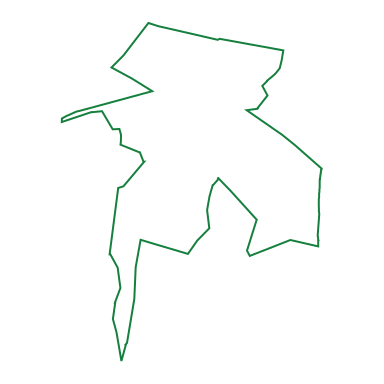 the district of Marondera Urban, Mashonaland East, Zimbabwe
{"feature_id": "62879985B19801447956475", "entity_name": "Marondera Urban", "entity_type": "district", "adm_level": 2, "iso_a3": "ZWE", "parent_name": "Zimbabwe", "parent_adm1": "Mashonaland East", "projection": "equal_earth", "projection_center": [31.561, -18.213], "detail": "fine", "context": "isolated", "style": "outline", "palette": "green", "viewbox_px": 384, "rotation_deg": 0, "n_neighbors": 0, "source": "geoboundaries", "source_scale": "gbopen_adm2", "svg_char_len": 1681}
<svg xmlns="http://www.w3.org/2000/svg" viewBox="0 0 384 384"><path d="M76.4,111.6L67.7,115.5L67.4,115.5L61.9,118.5L61.8,122.0L91.1,112.2L91.1,112.3L102.0,111.2L112.7,129.3L119.4,129.0L121.0,134.8L120.9,141.7L120.5,144.7L139.1,152.2L139.8,152.2L143.5,161.7L144.2,161.7L143.5,162.5L123.7,186.0L123.2,186.4L118.2,188.0L109.6,254.4L110.4,254.4L117.7,267.8L120.4,288.0L114.5,303.8L115.2,302.9L112.9,319.0L116.5,332.3L121.4,361.0L125.6,345.7L125.9,344.6L124.8,345.4L127.0,342.9L134.3,299.0L135.7,267.1L140.6,239.8L152.2,243.3L187.9,253.9L197.4,240.4L209.3,228.3L207.1,210.1L209.5,196.4L212.7,185.1L213.1,185.1L218.2,179.3L217.7,177.5L231.0,191.3L256.7,219.7L247.0,250.6L249.8,255.9L290.4,240.0L318.2,246.4L318.2,240.2L318.4,240.2L318.1,238.9L318.1,237.3L317.7,236.1L317.7,235.3L319.2,215.1L319.2,214.3L319.2,213.1L318.9,211.5L318.9,210.7L318.9,209.5L318.9,207.9L318.8,206.7L318.8,205.1L318.8,203.8L318.8,201.8L318.8,200.2L318.8,199.0L319.1,197.8L319.1,196.2L319.1,194.6L319.1,193.4L319.4,192.2L319.4,190.5L319.4,189.3L319.7,188.1L319.7,184.9L319.7,183.7L319.7,180.5L319.7,179.7L320.0,179.3L320.0,177.6L320.3,176.8L320.3,176.4L320.3,176.0L320.3,175.2L320.6,174.8L320.6,173.2L320.9,172.8L320.9,172.0L320.9,171.6L320.9,170.8L321.2,170.4L321.2,170.0L321.2,169.6L321.2,169.2L321.5,169.2L321.5,168.8L322.2,169.1L294.9,145.1L282.1,134.8L246.7,110.2L257.4,108.8L257.7,108.4L257.4,108.3L267.5,95.5L262.3,85.9L267.1,81.1L267.0,80.8L273.5,75.4L275.8,73.2L279.7,68.3L281.6,60.6L283.3,50.4L249.8,44.3L237.8,42.1L220.6,39.0L219.8,38.8L217.7,39.8L158.4,26.2L148.4,23.0L123.4,55.5L111.5,67.5L131.5,78.3L150.8,90.3L152.2,91.2L79.5,110.9L76.4,111.6Z" fill="none" stroke="#15803d" stroke-width="2"/></svg>